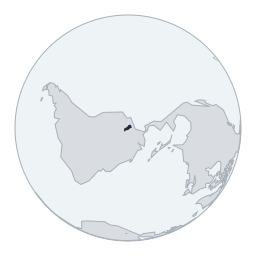 Putumayo on an orthographic globe, rotated 121°
{"feature_id": "COL-1407", "entity_name": "Putumayo", "entity_type": "Intendancy", "adm_level": 1, "iso_a3": "COL", "parent_name": "Colombia", "parent_adm1": "", "projection": "orthographic", "projection_center": [-75.67, 0.437], "detail": "medium", "context": "on_globe", "style": "filled", "palette": "slate", "viewbox_px": 256, "rotation_deg": 121, "n_neighbors": 0, "source": "natural_earth", "source_scale": "10m", "svg_char_len": 7792}
<svg xmlns="http://www.w3.org/2000/svg" viewBox="0 0 256 256"><g transform="rotate(121 128 128)"><circle cx="128" cy="128" r="113" fill="#eef3f6" stroke="#a8b0b8"/><path d="M81.8,25.3L82.5,25.0L86.5,23.3L92.4,21.3L92.6,23.1L98.2,22.0L104.3,24.3L106.0,23.4L109.4,24.1L112.6,23.4L112.8,24.4L115.2,23.1L114.4,22.4L115.2,21.6L117.0,21.3L117.6,22.3L116.7,22.6L117.9,22.8L117.4,23.5L118.7,23.0L119.2,24.5L121.4,22.5L124.0,23.4L123.6,24.6L120.1,25.0L110.6,30.0L109.1,31.9L110.5,33.9L120.6,36.1L120.4,38.2L122.8,40.7L124.5,39.1L123.3,36.6L127.1,34.5L125.1,32.1L126.4,31.0L125.8,28.7L129.7,28.5L133.8,29.8L134.5,31.9L136.3,32.7L138.7,30.5L143.0,34.7L150.9,38.2L151.6,39.6L147.4,41.9L139.6,42.0L134.1,46.4L141.5,43.2L143.1,47.2L145.0,47.9L147.2,47.7L148.1,46.2L149.4,47.7L142.6,51.0L141.3,49.7L143.5,48.5L139.8,48.8L135.2,51.7L136.4,53.8L128.2,57.0L128.9,58.7L127.6,60.6L127.0,57.6L127.9,63.2L118.5,70.0L119.6,80.8L114.3,72.5L109.9,71.7L104.6,72.1L104.6,73.8L97.5,72.9L91.0,76.9L88.7,85.7L91.1,92.4L99.1,92.3L101.5,88.4L107.3,87.4L103.1,98.0L113.4,99.2L112.4,107.1L115.3,111.2L120.4,110.0L125.7,111.9L129.5,107.2L135.5,104.6L135.7,111.1L139.0,105.1L142.4,108.2L154.4,107.9L153.5,109.4L163.6,117.1L174.3,120.5L176.8,125.4L175.6,128.3L179.2,129.2L179.3,131.2L193.6,134.3L200.7,139.4L200.3,146.3L194.0,154.1L187.5,170.7L176.0,176.1L172.5,182.7L162.6,192.3L155.7,191.5L157.1,196.3L152.9,199.1L148.2,199.3L147.0,202.6L143.6,202.6L145.5,204.8L139.5,209.0L140.6,212.4L136.1,215.7L137.0,217.7L135.5,217.6L133.7,218.4L133.4,219.4L128.9,217.6L128.1,213.2L130.1,210.9L128.0,210.5L132.3,204.6L129.9,205.8L131.3,196.7L135.0,189.1L138.2,166.9L135.9,162.4L127.4,157.3L117.1,140.9L120.0,134.1L117.7,130.9L125.1,121.3L123.1,112.6L120.5,111.4L117.8,114.7L108.8,109.4L105.5,102.9L78.1,93.4L75.3,90.3L75.5,85.1L67.6,69.2L70.5,84.3L67.1,81.5L64.7,76.2L66.4,74.7L65.3,67.1L62.5,64.5L63.4,55.6L71.3,44.4L72.0,45.9L73.8,43.4L73.1,41.5L72.1,41.0L77.3,32.6L76.0,29.7L72.0,31.4L75.7,29.3L65.5,34.7L62.4,36.4L68.2,33.0L70.5,31.6L69.6,31.8L71.7,30.5L72.5,30.0L75.2,28.5L78.4,27.0L80.2,26.1L79.4,26.4L80.6,25.8L81.8,25.3ZM23.1,91.6L23.9,89.1L23.7,90.5L23.1,91.6ZM24.2,87.7L23.9,88.5L24.1,87.9L24.2,87.7ZM24.1,87.3L24.2,87.6L24.1,87.3ZM24.0,87.2L24.0,87.3L24.0,87.2ZM119.1,84.6L130.8,89.8L124.1,90.6L125.4,89.5L122.4,87.3L116.9,85.4L111.1,86.8L119.1,84.6ZM24.1,86.1L24.2,85.8L24.4,85.5L24.1,86.1ZM124.2,78.4L122.2,78.0L124.2,77.9L124.2,78.4ZM71.3,41.1L72.8,41.7L72.7,44.0L71.2,43.6L71.3,41.1ZM71.9,37.3L73.2,37.0L71.1,39.3L71.0,38.8L71.9,37.3ZM68.5,33.1L69.3,33.0L67.8,33.6L68.5,33.1ZM72.1,30.2L71.3,30.7L72.1,30.2ZM123.7,28.9L124.7,28.8L124.3,29.3L123.7,28.9ZM122.5,28.1L121.2,28.8L120.5,28.5L121.2,28.1L122.5,28.1ZM124.1,27.4L119.3,28.0L117.9,27.5L119.8,25.7L124.1,27.4ZM113.3,22.3L114.3,23.1L111.8,22.8L113.3,22.3ZM111.5,22.4L102.8,23.4L102.3,22.4L105.4,22.1L103.4,21.3L107.4,20.3L109.4,20.5L108.9,21.3L110.9,20.4L111.5,22.4ZM115.3,21.3L113.6,21.5L113.0,20.6L116.3,20.1L115.5,20.5L115.3,21.3ZM100.9,21.8L101.0,21.1L104.4,20.1L104.9,19.7L107.5,20.2L100.9,21.8ZM116.5,20.6L118.1,19.9L120.0,20.0L116.9,21.1L116.5,20.6ZM111.5,20.6L111.4,20.2L112.5,20.3L111.5,20.6ZM127.7,20.6L125.6,20.7L125.2,20.1L127.7,20.6ZM118.5,19.6L117.8,19.6L117.4,19.4L118.8,19.1L118.5,19.6ZM109.6,19.5L111.0,19.3L108.8,19.3L111.2,18.6L112.4,19.1L112.9,18.7L113.6,18.5L113.9,19.1L109.6,19.5ZM119.0,18.4L121.5,19.1L125.4,19.1L125.9,19.5L119.5,19.5L119.0,18.4ZM116.0,18.7L118.0,18.6L117.6,19.0L116.0,19.5L116.0,18.7ZM112.3,18.1L108.3,18.9L108.2,18.8L112.3,18.1ZM120.2,18.2L119.6,18.1L120.5,18.2L120.2,18.2ZM114.8,18.0L113.4,18.2L114.8,18.0ZM119.5,17.6L120.3,17.8L119.3,18.1L119.5,17.6ZM117.4,17.7L117.6,17.5L118.4,18.0L116.8,17.8L117.4,17.7ZM114.9,17.8L114.4,17.8L115.6,17.7L114.9,17.8ZM123.1,16.8L124.3,17.5L122.0,17.9L121.1,17.2L123.1,16.8ZM136.3,221.4L129.2,218.3L133.3,219.7L136.4,218.0L140.0,220.4L136.3,221.4ZM145.4,217.1L148.8,216.2L149.6,216.7L147.3,217.5L145.4,217.1ZM207.9,48.6L206.6,47.3L208.9,49.6L210.7,51.5L213.6,54.7L208.2,49.3L208.7,51.2L214.6,60.9L213.8,62.1L210.8,60.7L203.4,51.4L206.0,49.9L203.4,47.1L198.3,43.6L199.6,43.6L197.8,42.2L198.4,41.7L194.7,38.0L194.6,37.5L188.9,33.5L188.0,32.8L191.6,35.2L194.1,36.9L193.8,36.5L201.1,42.3L207.9,48.6ZM191.2,34.7L192.0,35.3L185.1,31.0L186.0,31.9L180.2,28.6L169.7,23.3L177.1,26.6L184.3,30.4L191.2,34.7ZM230.8,174.0L235.8,160.4L238.2,151.5L239.4,144.8L240.1,130.3L240.1,122.0L239.7,118.7L239.1,119.8L238.3,115.8L237.7,115.9L231.9,119.8L228.5,114.9L220.4,99.8L220.3,93.4L217.3,86.4L213.7,62.4L216.3,63.3L217.2,59.7L217.9,60.4L221.4,65.4L223.3,68.0L227.3,74.8L230.8,81.9L233.8,89.3L236.2,96.8L238.1,104.4L239.5,112.2L240.4,120.1L240.6,128.0L240.4,135.9L239.5,143.7L238.2,151.5L236.2,159.2L233.8,166.7L230.8,174.0ZM218.8,74.0L219.8,76.0L218.8,74.0ZM154.8,107.8L156.2,109.0L154.3,109.1L154.8,107.8ZM123.3,93.2L125.7,93.3L127.0,94.2L125.1,94.6L123.3,93.2ZM143.9,93.0L146.7,93.6L143.8,94.1L143.9,93.0ZM132.6,90.4L141.7,92.9L136.0,94.8L130.3,93.4L134.2,92.8L132.6,90.4ZM123.1,81.9L124.7,82.4L124.2,83.5L123.1,81.9ZM125.7,78.4L125.1,78.5L124.3,77.6L125.7,78.4ZM143.5,47.0L144.1,46.8L146.3,46.9L145.3,47.6L143.5,47.0ZM155.8,44.1L157.7,46.6L155.7,45.2L154.7,46.3L149.1,45.0L151.7,40.2L151.5,42.5L155.8,44.1ZM142.4,42.3L145.7,43.4L142.0,42.4L142.4,42.3ZM187.7,35.8L189.4,36.4L191.3,38.0L191.5,39.7L188.6,37.2L187.7,35.8ZM191.2,37.0L184.3,32.8L184.0,32.0L185.3,33.1L185.8,32.9L188.1,34.8L194.5,38.5L196.7,40.2L195.8,41.7L194.9,40.1L193.3,39.4L191.2,37.0ZM167.3,26.6L164.3,25.6L167.4,24.9L169.9,26.0L170.2,27.4L167.4,27.0L167.3,26.6ZM128.3,24.3L127.0,24.6L126.8,24.2L127.8,23.7L128.3,24.3ZM126.7,20.7L134.1,23.0L132.9,23.4L138.6,24.8L137.7,26.3L134.0,25.2L137.6,27.7L134.0,27.4L136.8,29.0L128.7,26.6L125.6,26.6L129.4,25.9L130.3,24.4L129.7,23.8L125.8,22.3L119.5,22.2L119.4,21.0L121.0,20.2L122.5,20.1L122.1,20.8L124.4,20.1L124.9,21.1L126.7,20.7ZM139.7,16.3L138.6,16.5L143.3,16.7L143.9,17.1L144.4,17.1L146.2,17.6L149.3,18.4L149.1,18.5L150.4,18.8L151.6,19.2L153.4,19.7L153.5,20.3L155.7,20.9L154.5,20.8L158.1,21.9L155.5,21.4L156.9,22.2L158.7,22.2L155.4,25.8L156.0,28.3L158.0,30.7L153.2,30.0L148.4,27.4L144.1,24.5L144.2,22.5L142.1,22.7L141.4,21.9L143.4,22.0L140.0,21.3L140.1,20.8L136.3,19.1L131.4,18.9L129.9,18.4L131.8,18.3L129.0,18.0L131.6,17.4L130.6,17.2L132.1,16.6L136.4,16.7L135.0,16.4L136.1,16.1L139.7,16.3ZM123.6,16.6L128.7,16.2L131.5,16.4L127.5,17.5L128.1,17.8L125.7,18.8L121.7,18.7L122.8,18.4L122.9,18.0L124.1,18.2L123.2,17.8L124.6,17.5L124.3,17.1L126.0,17.1L123.6,16.6ZM218.1,60.4L216.6,58.5L216.6,58.4L218.1,60.4ZM212.6,54.2L212.4,53.9L215.0,56.9L214.9,56.9L212.6,54.2ZM210.1,51.2L212.2,53.6L210.9,52.3L210.1,51.2ZM191.2,34.9L190.8,34.5L191.6,35.1L192.9,36.0L191.2,34.9ZM153.4,18.3L152.6,18.1L151.9,17.9L148.2,17.2L147.5,17.1L153.4,18.3Z" fill="#d9dde1" stroke="#a8b0b8" stroke-width="1"/><path d="M127.1,128.1L126.9,128.0L126.7,128.0L126.5,128.4L126.3,128.4L126.2,128.4L125.9,128.3L125.6,128.4L125.3,128.3L125.2,128.2L125.2,127.9L125.2,127.7L124.9,127.5L125.2,127.2L125.3,126.8L125.2,126.7L125.4,126.5L125.4,126.4L125.5,126.3L125.8,126.3L125.9,126.2L126.0,126.0L126.3,126.3L126.3,126.5L126.3,126.8L126.7,126.9L126.9,126.9L127.1,126.9L127.3,126.8L127.5,126.9L127.5,127.0L127.8,127.1L128.1,127.2L128.3,127.4L128.6,127.4L128.8,127.4L128.8,127.5L128.9,127.8L129.0,127.9L129.3,127.9L129.3,128.0L129.4,128.3L129.6,128.4L129.8,128.5L130.0,128.6L129.9,128.7L130.0,128.8L129.9,128.8L130.0,129.0L130.3,129.1L130.5,129.0L130.8,129.3L131.0,129.4L131.3,129.5L131.5,129.6L130.5,130.0L130.5,129.9L130.4,129.9L130.2,129.7L129.9,129.6L129.7,129.5L129.8,129.4L129.7,129.3L129.7,129.2L129.6,129.3L129.4,129.3L129.4,129.2L129.2,129.1L129.0,128.9L128.9,128.9L128.8,129.0L128.4,128.9L128.1,128.8L128.1,128.7L127.9,128.7L127.4,128.5L127.4,128.4L127.2,128.1L127.1,128.1Z" fill="#64748b" stroke="#1e293b" stroke-width="1.5"/></g></svg>